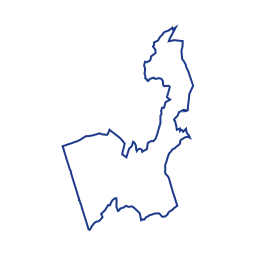 Kuresoi North, Rift Valley, Kenya, rotated 7°
{"feature_id": "3690345B6327191419481", "entity_name": "Kuresoi North", "entity_type": "district", "adm_level": 2, "iso_a3": "KEN", "parent_name": "Kenya", "parent_adm1": "Rift Valley", "projection": "equal_earth", "projection_center": [35.615, -0.251], "detail": "fine", "context": "isolated", "style": "outline", "palette": "blue", "viewbox_px": 256, "rotation_deg": 7, "n_neighbors": 0, "source": "geoboundaries", "source_scale": "gbopen_adm2", "svg_char_len": 4617}
<svg xmlns="http://www.w3.org/2000/svg" viewBox="0 0 256 256"><g transform="rotate(7 128 128)"><path d="M88.1,205.4L88.4,205.3L90.3,209.1L91.3,211.2L92.4,213.9L94.3,218.0L98.0,226.2L101.1,233.2L102.3,233.8L103.6,231.6L103.9,230.1L104.9,228.6L105.8,226.9L107.1,225.4L108.8,224.6L110.2,224.1L111.2,223.3L112.0,222.0L112.7,221.0L113.6,219.6L111.8,216.5L113.8,214.2L115.1,212.5L115.7,211.4L117.7,206.9L118.7,207.0L119.7,206.8L119.8,205.3L120.4,204.0L120.7,203.0L121.2,201.9L121.9,201.0L123.1,199.9L124.1,199.2L125.0,199.1L125.3,200.5L125.4,200.9L125.6,202.1L125.7,203.9L125.9,205.9L126.1,207.7L126.7,208.7L127.2,209.6L127.6,210.7L128.2,211.6L129.4,210.7L130.0,209.0L131.4,208.3L132.3,207.9L133.5,207.4L134.6,206.2L135.5,205.6L136.1,205.6L137.2,206.1L138.3,206.2L139.5,205.8L140.2,205.6L141.6,205.4L143.1,206.0L145.0,207.4L150.0,211.1L152.3,218.0L153.7,216.8L155.0,217.1L155.4,216.7L155.8,216.3L156.4,215.0L157.5,213.8L158.8,213.3L159.6,212.2L161.0,211.5L161.7,211.3L162.9,210.7L164.0,210.2L164.3,210.0L164.7,209.7L165.4,209.5L166.5,209.4L167.9,209.1L169.3,209.0L170.7,210.0L171.8,211.1L172.8,211.9L173.9,211.8L174.7,211.5L175.7,211.2L176.8,210.2L177.8,208.8L178.3,207.4L178.6,206.8L178.8,206.5L180.0,205.4L181.2,204.4L182.0,204.0L182.5,203.1L183.1,202.3L184.2,201.2L185.3,200.1L186.4,199.3L182.0,189.5L181.3,188.1L180.7,187.0L178.1,180.8L174.8,173.0L174.6,172.7L174.1,172.0L173.9,171.6L173.6,171.3L172.6,170.3L171.1,169.4L170.7,168.5L170.1,167.1L170.1,165.9L170.1,164.7L170.0,164.1L169.8,162.9L169.5,161.6L169.5,159.7L170.1,157.4L170.4,155.6L170.7,153.8L171.0,152.0L171.5,150.1L171.9,148.2L173.2,146.6L174.0,145.2L174.5,144.0L175.6,143.3L176.9,142.4L178.1,140.8L179.2,139.8L180.5,138.6L181.6,136.9L181.3,135.5L181.7,133.8L182.6,132.7L183.7,132.0L185.0,130.9L186.1,130.2L187.3,129.8L188.2,129.5L189.4,129.8L190.7,130.2L189.5,128.2L188.8,127.3L187.9,126.7L187.3,126.2L186.6,124.6L186.0,123.1L185.7,121.7L182.8,125.7L183.1,124.1L180.7,123.2L180.0,124.4L179.5,122.2L176.7,123.8L175.6,120.0L173.9,115.4L173.1,115.0L172.7,113.8L175.8,109.6L176.7,106.0L178.1,105.3L179.2,104.4L180.0,103.7L181.3,103.2L182.4,103.2L181.9,104.5L183.2,104.2L185.2,103.1L184.9,100.3L184.9,98.5L184.9,92.2L184.8,86.6L185.8,83.4L187.5,78.2L186.0,75.0L183.5,69.9L181.3,65.1L178.4,60.5L177.6,58.2L175.3,54.9L173.4,53.0L172.8,50.4L171.6,44.7L172.2,40.4L171.7,35.1L168.9,35.1L162.9,35.2L160.9,36.0L157.9,36.9L158.6,34.0L161.0,27.9L163.2,22.2L160.3,24.6L159.7,23.1L158.8,24.1L157.2,25.4L155.9,26.7L153.3,27.8L152.6,28.2L151.7,29.2L151.0,30.7L150.2,31.9L149.0,33.4L148.1,34.9L147.6,36.5L146.6,38.1L145.5,38.5L144.5,39.2L143.3,40.0L143.8,42.4L142.8,44.0L145.6,47.0L146.3,50.1L144.7,51.7L143.4,52.9L142.2,54.1L142.1,56.5L141.6,58.4L139.7,59.7L139.2,60.1L138.7,60.5L136.9,60.1L136.5,62.2L136.4,64.4L137.4,66.0L137.8,67.9L137.8,69.4L137.9,70.7L137.7,72.0L138.3,73.0L138.8,73.9L138.9,75.3L139.3,76.8L140.4,77.0L141.1,78.4L141.7,78.7L142.2,78.9L142.8,78.1L143.1,77.7L143.8,76.7L144.7,76.2L145.1,75.9L145.7,75.7L146.6,75.2L147.6,74.9L148.4,75.8L149.4,75.8L150.1,75.8L150.5,75.6L151.4,75.2L152.8,74.7L154.2,75.0L155.4,75.2L156.0,76.2L157.0,77.3L157.3,79.2L157.7,81.1L158.8,82.1L159.2,82.1L160.3,81.6L161.1,81.6L161.8,81.6L163.1,81.2L164.1,81.5L164.5,82.5L163.9,86.0L163.4,89.4L162.9,92.8L166.3,94.8L164.3,96.2L162.1,97.8L161.7,100.6L161.3,103.5L159.3,103.7L158.8,107.3L159.6,110.0L158.7,111.9L159.2,116.1L159.6,118.7L159.1,122.4L158.5,125.6L158.2,127.3L158.0,129.2L157.4,132.2L156.7,135.1L154.8,138.0L153.1,138.0L151.8,138.7L150.7,139.4L149.5,140.5L149.4,143.5L149.4,146.6L147.4,148.0L146.2,148.9L145.0,149.9L144.3,147.8L143.0,147.4L141.7,147.2L140.2,148.5L139.6,149.9L139.0,148.9L138.8,148.4L138.5,147.2L138.0,144.7L137.0,142.9L135.9,141.6L134.8,141.0L134.4,143.0L134.2,145.0L133.7,145.9L132.3,147.6L131.5,148.7L131.0,151.6L130.7,153.3L130.4,154.9L130.0,157.3L125.4,154.8L125.6,152.5L126.0,149.3L126.4,146.0L126.6,143.8L125.4,142.6L123.3,140.7L121.4,139.0L119.5,137.8L117.7,136.7L116.1,135.8L112.6,133.7L111.6,133.1L109.9,132.0L109.5,133.6L108.9,135.8L108.1,137.3L105.6,137.4L102.3,137.4L100.8,136.7L99.4,137.2L98.1,137.9L96.5,138.5L96.0,138.7L95.2,139.1L94.3,139.5L93.9,139.7L92.5,140.0L91.6,140.3L89.7,140.9L87.3,141.2L86.0,142.2L84.8,143.2L82.4,145.2L80.8,146.3L80.1,146.8L79.6,147.1L79.2,147.3L77.7,148.0L75.3,149.2L74.0,149.9L72.6,150.6L70.7,151.4L68.4,152.6L65.3,154.1L66.2,155.8L67.5,158.9L68.9,162.0L70.4,165.5L71.5,167.9L72.3,169.5L73.4,171.9L74.1,173.5L75.2,176.0L76.9,178.5L77.0,179.9L78.2,182.5L78.9,184.1L80.2,187.0L81.7,190.4L82.9,192.9L84.3,196.1L85.7,199.3L86.9,201.9L87.7,203.5L88.1,205.4Z" fill="none" stroke="#1e3a8a" stroke-width="2"/></g></svg>